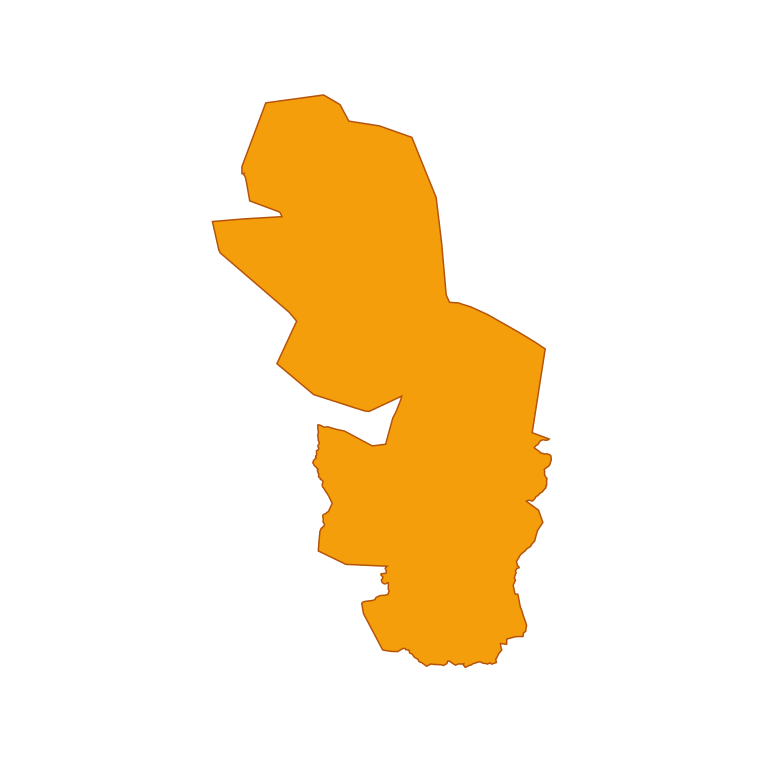 the district of Tlalixtaquilla de Maldonado, Guerrero, Mexico, rotated 36°
{"feature_id": "50627088B67184194855062", "entity_name": "Tlalixtaquilla de Maldonado", "entity_type": "district", "adm_level": 2, "iso_a3": "MEX", "parent_name": "Mexico", "parent_adm1": "Guerrero", "projection": "orthographic", "projection_center": [-98.386, 17.568], "detail": "fine", "context": "isolated", "style": "filled", "palette": "amber", "viewbox_px": 768, "rotation_deg": 36, "n_neighbors": 0, "source": "geoboundaries", "source_scale": "gbopen_adm2", "svg_char_len": 5942}
<svg xmlns="http://www.w3.org/2000/svg" viewBox="0 0 768 768"><g transform="rotate(36 384 384)"><path d="M171.3,372.4L172.8,373.3L174.4,374.2L265.1,381.7L276.4,384.5L285.4,430.5L333.3,433.9L373.4,420.8L384.4,417.1L388.1,414.9L405.4,383.4L406.8,386.8L410.1,399.6L411.1,406.4L420.7,431.8L410.9,441.0L379.7,445.3L371.6,448.9L370.1,449.4L366.9,450.6L364.8,451.2L363.5,451.8L362.0,453.1L361.4,453.9L360.8,454.2L359.4,454.4L357.6,454.6L355.1,455.4L354.6,455.9L354.6,456.4L355.0,456.9L355.3,457.3L355.7,457.6L356.2,458.3L357.1,459.4L357.8,460.1L358.4,460.7L358.8,460.8L359.1,461.4L359.6,462.2L359.9,462.9L360.2,463.8L360.6,464.4L361.1,465.1L361.8,465.9L362.3,466.3L363.0,466.7L363.2,467.3L363.5,467.8L364.0,468.3L364.5,468.6L365.4,468.8L366.0,469.6L366.6,470.4L366.6,470.9L366.6,471.4L366.7,472.5L367.0,473.1L367.5,473.6L368.0,473.7L368.6,474.0L369.0,474.3L369.3,475.1L369.3,475.4L369.4,476.3L369.2,476.7L369.0,476.9L368.7,477.3L368.7,477.8L369.1,478.3L369.3,478.7L370.0,479.5L370.4,480.0L370.9,480.5L371.2,480.9L371.2,481.5L371.1,481.8L371.0,482.1L371.1,482.6L371.3,482.9L371.5,483.3L372.0,483.3L372.3,483.2L372.5,483.3L372.5,483.6L372.6,483.9L372.4,484.2L372.4,484.7L372.1,485.9L372.0,487.0L372.0,487.6L372.1,488.0L372.3,488.1L372.5,488.4L372.6,488.8L372.6,489.4L372.7,489.6L372.9,489.7L373.7,490.0L374.6,490.5L375.2,490.8L376.2,491.0L377.2,491.1L378.3,491.1L378.7,491.3L379.1,491.5L379.5,491.5L380.5,491.6L380.8,491.7L380.9,491.9L380.9,492.2L380.8,492.5L380.7,492.9L380.9,493.1L381.3,493.5L381.8,493.7L382.1,493.9L382.5,494.1L382.7,494.5L382.8,494.7L383.1,494.9L384.0,495.0L384.4,495.3L384.7,495.7L384.9,496.4L384.9,496.8L385.2,497.1L385.5,497.4L386.1,497.7L386.6,497.8L387.0,497.7L387.3,497.6L387.7,497.6L387.9,497.7L388.1,498.0L388.3,498.4L388.6,498.5L388.9,498.5L389.2,498.4L389.7,498.3L390.1,498.4L390.8,498.3L391.4,498.4L391.8,498.5L392.0,498.7L392.3,499.2L392.4,499.8L392.6,500.3L393.0,501.6L393.8,502.5L395.0,503.4L397.1,503.9L398.2,504.5L399.4,504.9L400.6,505.5L401.8,505.8L402.6,506.0L403.5,506.5L405.4,507.3L412.3,511.1L412.9,514.2L414.0,519.8L413.9,519.9L413.6,520.7L413.3,521.6L413.2,522.3L412.8,523.3L411.9,525.0L411.7,525.6L411.7,526.0L411.8,526.4L412.0,526.8L412.3,527.1L412.7,527.6L414.0,528.7L414.5,529.3L414.9,530.1L415.4,530.8L415.9,531.5L416.5,531.8L416.9,531.8L417.2,531.8L417.4,532.0L417.8,532.3L418.5,532.9L418.9,533.2L419.1,533.5L419.0,534.1L418.7,534.7L418.5,535.0L418.5,535.3L418.6,536.1L418.6,536.6L418.1,537.1L418.0,537.4L418.8,540.9L423.7,549.2L429.0,557.7L459.2,552.3L492.9,530.1L493.6,529.6L493.4,531.0L493.3,531.9L493.3,532.3L493.5,532.6L493.9,532.8L494.3,533.2L494.8,533.4L495.6,533.7L496.1,534.2L496.3,534.5L496.8,536.0L493.2,539.3L493.7,540.2L494.1,540.4L495.2,540.6L495.9,540.6L496.5,540.7L496.8,541.1L497.0,541.7L497.0,543.2L497.0,543.8L497.3,544.2L497.6,544.6L498.0,544.9L498.9,545.5L499.5,545.7L500.4,545.6L501.3,545.6L502.1,545.2L502.6,545.0L503.5,543.3L503.7,542.8L503.9,542.4L504.2,542.3L504.5,542.4L504.8,542.8L507.7,547.1L508.2,547.6L508.8,547.8L509.3,548.1L509.6,548.4L510.0,549.0L510.2,550.1L510.7,551.4L510.7,551.8L510.6,552.1L510.0,553.0L508.9,554.4L508.0,555.1L507.3,555.7L506.4,556.4L505.4,557.3L504.6,558.5L504.3,559.0L503.7,560.2L503.0,561.4L503.4,563.7L503.0,564.4L502.5,565.1L501.2,566.6L499.1,568.5L497.0,570.5L495.9,571.7L495.0,573.1L494.9,573.9L495.0,574.5L495.3,575.0L502.2,581.6L502.7,582.0L539.2,599.9L540.9,599.2L547.5,595.8L552.4,592.4L554.7,587.0L556.6,585.4L557.8,586.2L560.5,584.6L562.8,586.5L565.8,586.0L569.0,587.2L573.3,586.8L575.5,588.0L578.9,587.2L583.7,587.3L584.3,587.3L586.5,582.9L589.0,581.7L595.3,577.5L595.5,577.5L597.6,576.8L599.2,573.2L598.4,570.6L599.7,569.8L607.0,569.5L609.1,566.3L610.6,565.6L613.0,563.5L613.3,564.6L614.0,564.8L616.3,565.5L616.9,564.5L618.6,561.1L619.1,560.8L619.9,559.7L620.3,558.0L621.2,557.0L624.0,553.1L626.2,551.8L627.6,551.9L629.0,551.3L631.1,550.0L632.3,549.9L633.5,547.6L634.4,547.4L635.8,547.3L637.1,545.5L638.6,543.3L636.0,540.8L636.3,540.3L636.0,538.3L635.3,535.0L635.6,530.0L633.9,528.6L631.1,526.2L630.8,525.5L636.2,522.5L633.3,518.2L638.9,511.1L644.9,506.6L643.2,503.3L644.0,500.8L643.5,499.8L642.1,497.5L641.6,495.9L639.7,494.2L633.1,489.7L627.7,485.6L625.7,484.6L617.6,477.0L615.7,475.4L613.7,476.9L612.9,476.4L607.0,471.1L606.6,470.2L605.7,465.4L603.4,464.3L602.0,460.0L601.8,459.0L600.6,458.3L600.2,458.0L600.1,456.4L599.9,455.1L601.3,453.2L600.2,452.5L598.8,452.5L595.5,449.7L595.1,444.7L594.8,443.6L594.9,441.0L596.3,435.9L596.3,433.6L598.0,429.3L597.7,425.9L598.2,422.5L595.9,416.7L594.3,412.1L593.9,402.6L593.0,402.0L583.2,395.3L570.6,395.2L568.1,395.1L569.1,393.2L570.7,392.2L571.9,392.0L573.0,391.3L573.2,389.8L573.4,388.5L573.3,387.0L573.1,386.0L573.6,384.8L574.1,383.9L574.2,382.5L574.3,380.9L575.0,379.4L575.5,377.9L575.6,376.8L575.6,375.8L575.7,374.4L575.9,373.5L575.8,372.5L575.0,371.7L574.9,371.6L575.1,370.9L575.0,369.9L574.2,369.1L573.6,368.3L572.8,367.2L572.2,366.3L571.3,364.5L569.9,364.4L568.8,363.7L567.7,363.4L566.0,361.5L565.7,360.6L565.0,359.9L564.2,359.5L563.8,358.4L564.3,357.1L564.9,355.4L565.3,354.5L565.6,353.4L565.4,351.0L564.9,350.1L564.6,349.7L564.5,348.3L564.0,347.4L563.2,346.0L562.3,345.1L561.0,343.9L559.9,343.9L557.7,344.3L556.3,345.2L555.1,346.2L553.1,346.9L551.2,347.6L549.6,347.3L543.0,347.3L543.0,347.0L543.1,345.0L543.4,344.2L544.1,342.0L544.1,341.1L543.7,339.8L544.1,337.7L545.1,336.2L545.8,335.3L547.6,334.7L548.9,333.5L549.7,332.7L550.0,331.4L532.5,336.3L502.3,277.4L493.8,260.9L481.3,261.4L462.8,262.9L462.4,263.0L462.0,263.0L427.4,266.9L425.3,267.3L409.3,270.5L399.1,273.9L398.8,273.9L396.7,274.6L389.0,279.4L382.8,275.9L382.7,275.8L381.9,275.3L347.5,235.8L316.5,202.4L297.7,190.7L261.6,168.1L228.3,178.0L225.5,179.5L201.0,192.0L184.2,183.8L165.2,185.7L123.1,226.0L141.3,291.7L145.4,297.3L145.8,297.0L147.0,295.8L147.1,297.0L149.8,297.8L154.1,301.6L167.8,314.8L198.6,306.2L203.2,308.5L173.7,332.7L149.7,353.4L171.3,372.4Z" fill="#f59e0b" stroke="#b45309" stroke-width="1.5"/></g></svg>